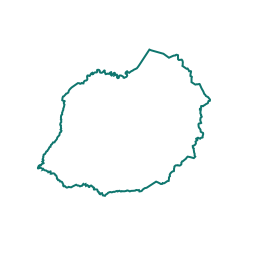 Krong Pa, Gia Lai, Vietnam (Robinson projection), rotated 219°
{"feature_id": "81297802B51008955299030", "entity_name": "Krong Pa", "entity_type": "district", "adm_level": 2, "iso_a3": "VNM", "parent_name": "Vietnam", "parent_adm1": "Gia Lai", "projection": "robinson", "projection_center": [108.704, 13.235], "detail": "fine", "context": "isolated", "style": "outline", "palette": "teal", "viewbox_px": 256, "rotation_deg": 219, "n_neighbors": 0, "source": "geoboundaries", "source_scale": "gbopen_adm2", "svg_char_len": 5748}
<svg xmlns="http://www.w3.org/2000/svg" viewBox="0 0 256 256"><g transform="rotate(219 128 128)"><path d="M57.7,148.1L58.9,148.5L60.0,149.9L61.1,150.5L63.9,153.1L64.0,153.5L65.1,153.5L66.4,154.8L66.3,155.1L65.8,155.7L65.6,156.5L65.3,157.2L65.5,158.6L65.7,159.0L67.0,160.0L66.6,161.9L66.6,162.5L67.5,162.9L67.8,162.8L68.2,162.5L68.3,162.6L67.5,164.5L65.2,165.1L65.1,166.3L64.1,167.5L64.2,167.9L64.9,168.6L65.5,170.2L66.3,171.2L66.7,171.4L68.4,170.9L69.2,170.9L70.6,172.3L71.4,172.6L73.1,173.0L73.9,173.5L75.5,175.1L75.7,175.6L75.6,176.3L74.4,177.6L74.3,178.0L76.3,179.2L76.9,179.7L78.0,181.6L78.0,182.0L77.7,182.7L78.0,183.4L79.2,183.7L79.6,184.4L80.6,184.7L81.2,185.1L81.7,186.1L82.2,186.5L82.8,188.0L83.0,188.0L83.2,187.5L83.6,187.4L84.2,188.2L83.8,189.6L84.8,190.8L84.9,191.1L84.0,192.0L83.4,192.2L83.2,193.3L82.8,194.1L82.6,195.2L81.6,197.5L82.4,199.6L82.2,199.9L81.6,200.4L81.5,200.7L82.2,201.7L85.2,202.4L87.6,201.9L88.8,202.4L90.2,202.5L92.5,203.8L95.8,205.1L99.9,207.2L100.3,207.1L101.2,205.9L102.2,205.2L102.6,204.5L103.0,204.1L107.5,203.6L109.9,206.6L110.5,207.9L111.2,208.0L112.0,207.6L112.3,207.8L113.2,209.0L114.4,211.4L114.8,211.7L115.0,211.7L116.2,210.6L117.6,211.3L119.1,211.7L119.4,211.1L119.7,210.9L124.8,210.5L125.2,211.5L125.9,212.3L126.5,213.3L127.5,214.2L128.3,214.7L129.3,214.9L131.2,212.9L132.1,212.9L132.3,212.9L134.0,214.8L134.9,216.0L136.2,215.6L136.6,215.2L136.8,214.8L136.9,214.1L137.9,213.2L138.6,212.0L140.4,208.4L147.2,208.0L158.8,203.0L160.7,202.4L158.9,184.5L158.7,182.1L158.7,179.9L160.3,176.6L160.5,175.4L161.1,174.5L161.8,171.7L162.3,171.7L163.1,170.9L163.9,171.5L164.4,171.5L164.7,170.4L164.7,169.6L164.1,168.8L162.5,168.9L161.6,168.2L161.4,167.2L161.6,166.4L162.3,165.2L162.4,164.7L163.1,164.3L163.8,164.8L164.6,164.8L166.5,164.4L167.3,163.8L167.5,163.3L166.8,161.1L167.2,160.4L167.8,160.3L168.3,160.4L168.8,160.9L169.2,162.0L169.7,162.3L170.3,162.4L170.6,162.1L171.7,160.2L172.0,160.8L172.4,162.1L172.7,162.4L173.2,162.4L173.5,162.0L173.7,159.9L173.6,158.7L173.8,158.4L175.9,158.7L176.0,159.1L175.6,160.1L176.0,160.7L176.2,160.8L176.6,160.2L177.1,158.0L177.6,157.5L178.2,157.3L179.1,155.9L179.7,155.9L180.5,156.5L181.3,156.6L182.0,157.8L182.3,157.9L182.6,157.8L182.7,157.5L182.7,156.1L183.0,154.7L183.5,154.1L184.5,153.6L185.3,153.9L185.7,154.5L186.8,154.9L187.5,154.7L188.4,153.9L188.4,153.4L187.3,152.4L187.3,151.6L187.8,151.0L188.5,150.6L189.0,149.8L189.1,149.3L189.0,148.0L189.4,147.4L189.7,147.3L190.2,148.3L190.5,148.4L190.9,147.2L190.8,145.9L190.5,144.9L190.5,144.5L190.9,144.0L192.2,143.7L192.5,143.2L192.3,142.4L191.3,141.3L190.5,140.6L190.2,140.1L190.1,139.3L190.3,138.7L191.0,138.0L191.4,137.2L191.3,135.8L190.7,134.6L191.2,134.2L192.3,133.9L192.5,133.6L192.5,132.9L193.0,132.2L194.1,132.1L195.2,131.3L197.3,124.0L197.5,122.3L197.6,121.1L197.4,119.6L196.7,118.0L197.2,116.4L197.7,115.7L197.6,115.3L197.8,112.2L198.3,111.5L197.8,110.1L196.6,108.2L195.6,108.3L194.4,109.0L194.1,109.0L193.8,107.2L193.0,106.5L192.2,106.3L191.1,104.2L190.4,102.1L189.7,101.4L189.5,100.2L188.9,98.9L188.8,98.3L187.7,97.1L187.9,96.0L187.5,95.1L186.4,93.5L185.7,93.0L185.5,92.4L185.0,92.4L184.8,91.9L183.6,90.6L183.5,89.2L182.7,87.8L181.7,87.8L180.9,86.6L180.6,86.5L180.1,85.8L179.5,85.4L179.4,84.3L178.0,84.0L177.6,83.0L178.0,81.8L177.8,81.0L176.8,79.3L177.0,76.4L176.9,75.9L176.3,74.7L176.3,71.5L176.1,70.6L177.2,69.6L177.0,68.7L177.0,67.0L177.2,66.5L176.9,65.4L176.4,64.6L176.9,63.9L176.9,63.3L176.5,62.0L176.4,59.7L176.2,59.2L176.7,58.3L176.2,56.0L176.2,55.4L176.7,54.6L176.7,54.0L176.1,53.3L176.0,52.5L175.3,51.9L174.7,50.0L173.5,49.8L173.6,49.1L173.2,48.8L173.5,48.1L173.5,47.9L171.6,47.7L171.4,47.5L172.3,45.8L172.2,44.2L172.9,44.1L173.3,43.4L173.0,42.8L173.0,42.6L173.4,42.3L173.2,42.0L173.2,40.9L173.0,40.5L172.6,40.0L172.4,40.0L171.6,41.1L171.2,42.0L168.7,42.5L168.4,42.9L168.0,42.8L167.9,42.1L167.6,42.6L166.1,42.7L164.8,43.5L163.6,43.5L162.9,43.9L162.1,43.4L161.4,44.3L161.1,45.3L160.9,45.5L160.4,45.2L159.3,43.8L158.6,44.4L157.8,45.6L156.5,46.2L155.1,45.9L154.7,45.6L153.8,45.9L151.8,44.6L151.5,44.0L151.0,43.8L150.3,44.0L149.7,43.5L149.3,43.5L148.4,44.2L147.7,44.1L147.1,43.7L146.7,44.1L145.5,44.5L144.9,44.4L144.4,44.2L144.0,43.8L142.9,43.5L142.5,43.2L142.2,42.5L141.7,42.2L141.3,42.2L141.1,42.3L140.5,43.1L138.8,43.0L138.0,43.2L137.4,44.0L137.1,44.9L136.0,45.4L134.8,46.2L134.3,47.6L132.6,51.3L131.0,51.5L130.5,52.0L129.8,52.3L128.6,52.4L128.0,53.5L127.4,54.0L127.5,54.8L127.5,56.4L126.4,56.3L125.7,57.8L124.2,56.6L124.0,57.1L123.7,57.4L123.5,58.1L122.5,58.1L121.7,57.6L121.1,57.6L120.9,57.8L121.0,58.3L121.0,59.0L120.7,59.8L120.2,60.2L119.3,60.0L118.8,60.2L118.3,60.0L117.0,60.2L116.7,60.1L116.5,59.4L115.8,58.8L115.4,59.0L114.8,59.8L113.3,60.7L112.4,60.4L111.5,59.6L110.5,59.9L110.0,59.4L108.6,58.9L108.0,59.0L108.1,60.1L107.6,60.4L107.1,61.0L106.3,60.3L105.7,60.3L105.2,59.8L103.2,60.8L103.2,61.1L103.4,62.0L102.7,64.1L102.7,65.1L101.9,66.6L101.6,67.0L100.1,67.8L99.2,69.2L98.3,69.9L97.5,71.3L96.9,72.2L96.1,72.2L95.3,73.7L95.0,73.9L93.9,74.0L93.4,74.3L93.1,75.1L92.5,75.3L90.6,76.9L89.9,77.9L89.6,78.2L89.4,78.9L87.8,79.7L87.0,79.7L86.6,80.0L86.0,81.1L84.4,82.5L83.0,83.9L82.6,85.0L81.0,86.0L80.5,86.6L80.1,86.2L79.7,86.2L79.2,85.9L78.1,87.1L77.7,88.1L77.8,89.3L77.4,90.9L77.1,91.8L75.9,93.3L72.4,104.0L70.4,104.6L67.2,105.2L66.3,106.0L66.2,106.4L66.4,107.0L65.4,107.5L65.0,108.1L64.0,111.4L63.1,112.5L64.2,114.3L65.0,115.3L65.2,116.4L65.1,117.0L66.0,117.8L66.3,118.2L66.5,119.9L66.3,121.3L66.0,122.4L65.2,123.3L65.6,124.1L66.8,125.6L67.1,126.5L67.7,127.3L67.5,128.7L67.2,129.2L66.0,130.1L65.9,130.5L64.6,130.9L63.8,132.0L63.7,133.3L63.9,133.7L64.7,134.6L64.9,136.2L64.5,136.6L63.6,140.9L63.8,141.8L63.6,143.3L61.4,144.5L57.9,146.0L57.7,148.1Z" fill="none" stroke="#0f766e" stroke-width="2"/></g></svg>